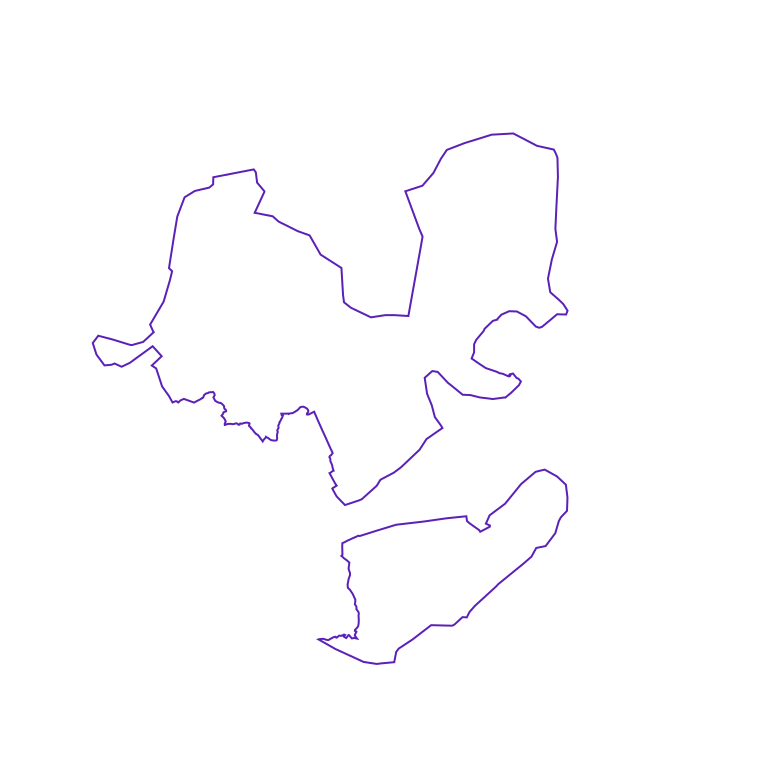 outline of Sabir Al Mawadim, Ta`izz, Yemen, rotated 246°
{"feature_id": "15242507B26080958654520", "entity_name": "Sabir Al Mawadim", "entity_type": "district", "adm_level": 2, "iso_a3": "YEM", "parent_name": "Yemen", "parent_adm1": "Ta`izz", "projection": "natural_earth1", "projection_center": [44.03, 13.53], "detail": "fine", "context": "isolated", "style": "outline", "palette": "violet", "viewbox_px": 768, "rotation_deg": 246, "n_neighbors": 0, "source": "geoboundaries", "source_scale": "gbopen_adm2", "svg_char_len": 6155}
<svg xmlns="http://www.w3.org/2000/svg" viewBox="0 0 768 768"><g transform="rotate(246 384 384)"><path d="M577.3,234.7L573.2,236.3L565.6,230.4L548.8,216.1L533.4,194.5L526.2,194.5L525.0,194.7L520.4,181.1L522.1,169.6L522.5,168.7L523.7,167.2L535.2,154.0L544.3,142.6L539.9,134.6L527.8,133.3L514.7,136.2L512.4,142.9L512.3,146.2L506.5,151.3L506.7,160.3L512.6,188.0L499.8,192.2L495.3,179.4L490.9,182.2L472.0,180.3L460.3,182.7L453.1,183.3L453.1,185.5L453.0,186.8L452.4,187.7L451.9,187.9L450.8,188.5L451.8,191.5L451.8,195.1L444.3,202.9L444.6,207.1L444.7,209.9L444.9,211.2L445.2,211.9L444.9,212.4L445.2,213.2L445.3,213.4L446.1,214.2L447.1,215.2L447.7,217.4L447.6,218.2L447.3,219.6L447.5,220.2L447.5,220.7L447.2,221.8L446.6,223.3L446.2,224.6L444.7,225.1L442.8,224.9L441.8,223.7L441.1,222.7L437.3,223.0L435.3,224.4L433.8,225.8L433.4,226.8L431.9,227.9L428.9,228.9L427.7,228.4L426.1,228.2L425.1,228.9L424.0,229.0L423.3,228.6L423.2,228.4L423.5,227.0L423.4,225.8L422.4,225.1L421.8,224.1L421.1,222.7L420.1,223.0L418.9,223.6L418.0,223.9L416.7,224.1L414.2,224.2L412.6,222.4L411.3,221.9L411.2,222.2L411.2,224.2L410.8,225.5L410.1,227.5L409.4,228.6L408.7,229.7L408.3,231.9L408.2,233.0L407.7,233.6L407.1,234.1L406.3,234.3L405.8,234.8L405.6,235.5L406.4,236.5L406.1,237.2L405.8,237.5L405.4,238.2L405.4,238.8L405.4,239.6L405.3,240.3L404.6,242.9L403.1,245.0L402.6,245.1L402.0,244.7L401.3,244.0L400.9,243.7L400.6,243.7L400.0,243.8L399.5,244.2L398.9,244.5L398.5,244.5L398.0,244.5L397.7,244.5L397.5,244.8L396.2,245.1L395.5,245.4L395.0,245.5L394.2,245.7L393.4,245.8L391.2,246.5L390.5,246.9L389.9,247.0L389.3,247.7L389.0,248.0L388.4,248.1L386.3,248.7L384.8,248.9L382.2,249.6L380.9,249.8L382.1,251.7L383.2,254.1L383.8,254.7L382.8,255.3L381.6,256.3L380.0,257.1L378.5,258.2L377.1,260.4L376.4,262.1L376.3,263.1L376.8,263.6L377.3,264.0L378.3,264.5L379.7,264.9L381.1,265.7L381.9,266.1L382.5,266.7L383.4,267.5L384.1,267.5L385.1,267.6L385.7,268.5L386.2,269.0L386.8,269.9L388.5,270.3L389.0,270.5L390.7,272.6L391.5,272.9L391.9,273.3L392.0,273.8L392.7,274.7L393.4,275.6L394.0,276.1L394.5,277.1L395.1,277.6L395.9,278.4L396.2,278.8L396.7,278.5L397.1,278.0L397.2,277.9L397.9,278.0L398.4,278.2L398.6,278.2L395.8,284.7L395.4,284.7L395.4,286.1L394.6,288.6L394.7,290.4L395.2,293.5L395.2,294.0L395.5,294.9L396.0,296.1L396.3,296.8L396.6,297.3L396.9,298.5L396.4,300.2L396.0,301.2L394.7,302.3L394.2,302.8L393.4,303.2L393.1,303.5L391.9,303.9L391.1,304.0L390.2,303.9L389.2,303.2L388.9,302.5L388.5,301.9L388.1,301.4L387.6,301.2L387.4,301.6L387.0,302.0L386.8,302.8L387.1,308.9L377.8,308.8L375.9,308.8L367.8,308.8L359.5,308.9L359.0,308.9L355.3,308.9L355.1,308.9L345.3,308.9L344.7,309.0L341.8,309.0L341.3,308.3L341.0,307.4L340.7,307.1L340.6,306.9L340.5,306.7L340.4,306.4L340.3,305.4L340.1,305.1L339.5,304.4L339.3,304.3L338.4,304.5L337.6,304.5L335.4,303.7L333.6,303.6L332.9,303.7L331.8,303.6L331.0,303.6L328.1,302.9L325.3,302.7L325.4,302.3L325.2,300.7L324.6,298.8L324.7,298.0L314.3,298.8L312.5,299.0L310.4,299.4L310.0,296.8L309.8,295.0L309.5,294.2L300.6,295.0L293.0,297.7L292.7,297.9L289.3,299.1L287.8,314.1L287.8,316.9L294.0,336.0L298.0,341.8L299.0,356.9L301.0,365.7L309.5,389.8L316.4,400.4L316.7,401.9L316.7,402.2L318.0,408.7L319.5,416.7L320.0,419.5L323.1,419.1L333.1,417.0L345.2,419.0L357.6,419.4L373.1,423.7L376.1,433.1L376.1,433.5L373.2,438.0L359.0,442.9L357.0,444.0L342.2,451.5L338.7,458.5L332.8,466.0L327.9,474.2L326.0,477.3L322.7,488.6L322.2,489.2L324.0,495.5L324.0,495.8L328.0,506.7L330.6,510.1L334.3,508.9L335.5,507.6L341.1,506.1L341.7,502.7L341.1,501.8L340.3,502.7L339.9,502.1L340.3,500.9L345.1,496.6L347.0,493.8L349.0,492.3L357.1,483.5L363.0,479.7L371.6,474.4L376.3,479.2L383.7,482.5L386.8,486.2L391.9,496.6L393.5,498.3L397.4,509.1L396.8,513.5L397.0,513.5L399.6,519.4L399.6,527.9L396.2,534.9L389.4,540.2L388.1,541.2L374.8,546.0L372.3,548.6L371.9,551.4L374.2,559.7L377.3,570.5L373.4,578.6L376.3,581.5L384.1,580.3L389.6,578.1L400.2,573.2L413.4,576.6L413.5,576.6L429.5,588.0L438.3,595.5L443.4,599.9L456.1,603.7L475.8,613.6L502.6,627.2L520.2,634.5L524.4,634.7L529.1,634.5L539.3,620.7L560.3,604.0L568.0,583.7L571.3,555.7L572.3,536.6L566.7,527.7L556.7,515.0L549.5,499.7L551.4,481.9L511.3,479.3L503.0,479.2L494.8,473.7L436.2,433.9L442.9,421.1L446.4,413.1L450.2,399.2L467.1,384.8L474.9,380.7L482.0,382.8L507.3,392.3L528.0,378.7L550.0,376.5L558.7,367.4L575.2,353.8L582.5,350.5L593.0,335.5L608.3,353.0L608.8,353.1L619.6,350.0L629.5,353.0L633.0,352.3L642.3,312.2L635.9,309.1L634.5,304.3L637.3,289.7L635.7,277.9L635.6,277.7L621.1,263.3L602.3,250.9L577.3,234.7ZM228.2,504.9L229.4,504.3L240.4,496.0L241.5,490.4L241.6,489.7L242.1,486.7L236.9,468.8L236.6,468.1L229.3,453.7L225.4,446.0L221.1,427.1L215.0,420.3L211.6,423.2L210.6,422.6L209.9,411.8L211.8,411.5L221.8,405.6L225.0,404.1L229.7,405.4L235.7,387.1L238.0,379.1L242.0,365.0L250.5,337.8L250.6,337.0L252.9,318.4L255.0,299.9L255.9,298.7L255.8,298.0L255.8,287.2L255.5,283.5L255.6,281.3L252.9,279.9L246.2,277.1L244.9,276.6L244.3,275.2L243.9,275.5L241.6,276.3L237.7,278.5L234.9,279.7L229.7,276.5L227.8,276.3L225.0,276.0L223.2,275.2L220.4,272.5L215.5,269.1L212.4,268.1L210.2,269.1L205.2,270.0L198.6,270.1L196.3,268.9L194.6,267.8L193.8,267.9L192.3,268.3L190.3,267.7L189.7,267.2L186.1,267.9L185.2,267.8L183.9,267.3L182.9,266.6L178.7,265.0L175.3,263.3L173.3,261.9L172.7,261.1L171.5,258.4L171.2,257.5L170.3,257.0L169.6,257.7L168.8,258.0L167.3,256.0L166.4,255.1L164.7,255.3L163.8,255.5L162.4,255.8L163.4,254.4L164.2,253.7L164.4,252.0L164.6,251.2L169.0,249.8L169.0,249.2L167.3,246.2L167.7,245.8L168.6,245.2L169.3,244.7L169.7,244.5L170.6,246.3L171.4,245.5L171.2,244.5L171.3,243.8L171.4,242.2L172.2,241.2L172.3,240.5L171.6,238.0L171.7,237.2L172.7,237.0L173.1,236.2L173.2,234.5L173.0,231.7L172.8,230.3L172.7,228.9L174.0,227.0L175.8,225.1L176.5,223.3L177.2,221.2L177.3,220.3L161.7,231.8L138.4,252.3L131.2,263.5L129.8,268.1L125.7,280.2L134.3,286.2L136.3,289.8L139.0,306.1L144.5,329.0L135.5,347.9L135.5,350.2L139.1,360.9L137.1,364.7L140.9,369.3L144.3,376.7L153.5,404.3L154.7,407.0L163.4,439.1L166.3,448.5L172.3,456.4L170.2,465.7L177.4,478.7L177.9,479.7L187.7,488.0L190.3,491.4L193.7,499.6L205.6,505.4L218.0,509.2L228.2,504.9Z" fill="none" stroke="#5b21b6" stroke-width="2"/></g></svg>